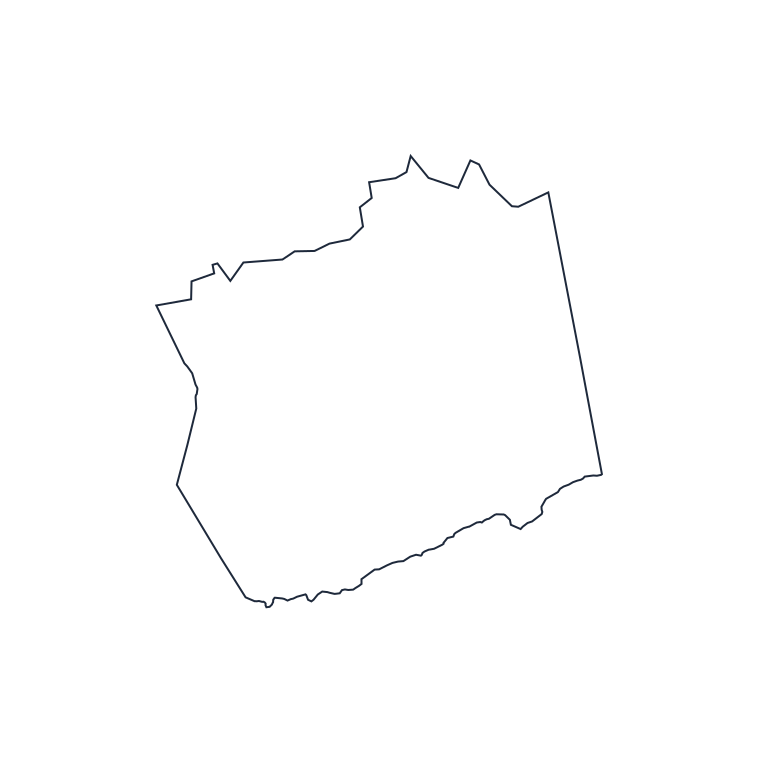 outline of Pendleton, West Virginia, United States of America, rotated 40°
{"feature_id": "52423323B58976878899916", "entity_name": "Pendleton", "entity_type": "district", "adm_level": 2, "iso_a3": "USA", "parent_name": "United States of America", "parent_adm1": "West Virginia", "projection": "robinson", "projection_center": [-79.275, 38.685], "detail": "fine", "context": "isolated", "style": "outline", "palette": "slate", "viewbox_px": 768, "rotation_deg": 40, "n_neighbors": 0, "source": "geoboundaries", "source_scale": "gbopen_adm2", "svg_char_len": 2037}
<svg xmlns="http://www.w3.org/2000/svg" viewBox="0 0 768 768"><g transform="rotate(40 384 384)"><path d="M159.1,470.2L217.8,496.5L222.0,497.0L230.2,499.1L240.0,505.6L243.3,506.9L243.8,507.4L244.3,507.7L247.0,512.1L247.1,513.5L248.1,515.2L256.0,523.5L272.5,557.0L290.1,594.4L371.0,622.2L415.1,636.4L424.4,633.6L426.2,632.2L427.7,630.6L430.7,629.2L431.7,628.2L433.3,628.0L434.5,628.3L435.4,629.6L437.4,630.6L439.6,628.2L439.9,625.0L439.5,623.8L439.3,622.5L437.8,620.4L437.7,618.7L437.6,618.1L438.0,617.7L443.9,613.7L445.7,612.8L449.3,611.9L450.9,608.7L452.3,606.9L452.7,606.1L454.1,602.9L459.1,595.6L460.2,595.7L464.5,598.1L468.1,597.2L468.7,594.6L468.6,587.8L470.1,582.7L474.4,579.8L476.5,578.9L481.0,576.6L482.1,575.5L484.6,572.8L484.3,568.9L486.1,566.5L489.0,564.8L492.5,561.4L492.9,560.2L493.2,558.9L494.6,554.7L495.3,551.6L492.2,548.0L496.1,532.2L499.4,529.1L502.9,520.9L505.5,515.6L508.9,511.0L512.7,507.2L515.1,499.4L518.3,494.2L519.6,493.5L519.9,493.3L522.6,491.8L522.8,490.8L522.1,488.6L522.7,486.3L524.8,482.1L525.4,481.5L528.3,478.0L532.0,469.5L532.3,468.0L531.7,467.4L531.6,461.2L535.2,456.3L534.3,453.8L534.5,452.0L537.6,443.3L540.8,438.6L541.0,438.5L544.1,430.5L546.4,427.9L548.0,427.2L548.4,424.7L548.9,423.1L549.5,421.9L549.6,421.6L551.0,419.8L552.9,413.1L553.9,411.5L559.6,407.0L561.1,406.6L567.7,407.1L571.7,410.3L581.9,407.3L582.0,404.2L583.3,398.2L585.8,394.1L588.4,382.3L587.5,380.2L585.6,379.0L583.5,376.8L582.4,370.6L582.2,369.7L582.0,367.7L586.7,355.0L586.2,351.2L587.5,347.1L590.2,342.4L591.9,337.7L594.3,333.6L596.3,330.9L597.2,328.6L597.3,325.9L603.2,319.5L606.1,317.4L608.7,314.1L608.9,313.0L550.4,265.0L517.3,237.8L386.7,131.6L372.9,161.9L367.7,165.6L336.7,163.5L315.7,154.7L306.5,157.2L314.8,186.1L285.6,197.5L257.9,192.2L265.0,207.2L260.6,218.9L242.9,239.0L255.0,249.4L251.9,264.2L266.7,276.9L264.9,295.2L252.0,311.5L245.3,326.7L230.3,339.8L226.2,353.9L198.2,381.3L200.0,403.8L178.9,398.7L176.1,402.9L182.8,408.4L170.6,429.1L181.8,443.1L159.1,470.2Z" fill="none" stroke="#1e293b" stroke-width="2"/></g></svg>